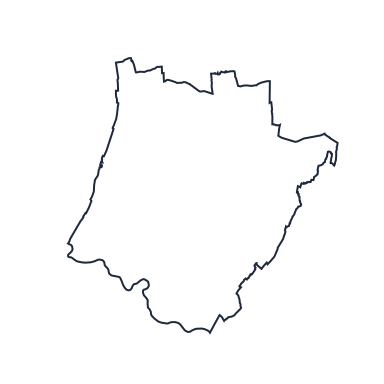 outline of Maciuca, Vâlcea, Romania, rotated 293°
{"feature_id": "2599482B93962739610645", "entity_name": "Maciuca", "entity_type": "district", "adm_level": 2, "iso_a3": "ROU", "parent_name": "Romania", "parent_adm1": "Vâlcea", "projection": "orthographic", "projection_center": [24.058, 44.753], "detail": "fine", "context": "isolated", "style": "outline", "palette": "slate", "viewbox_px": 384, "rotation_deg": 293, "n_neighbors": 0, "source": "geoboundaries", "source_scale": "gbopen_adm2", "svg_char_len": 5977}
<svg xmlns="http://www.w3.org/2000/svg" viewBox="0 0 384 384"><g transform="rotate(293 192 192)"><path d="M271.9,312.5L273.5,312.6L275.8,312.1L277.5,312.0L282.2,310.4L285.4,308.9L288.5,308.5L289.6,307.7L290.9,307.7L294.1,306.8L295.5,297.7L295.9,297.6L296.3,294.7L296.6,293.1L297.0,292.4L296.8,291.8L297.0,291.4L297.4,291.2L294.3,288.2L284.9,274.0L279.8,269.4L278.7,267.8L278.4,266.7L277.0,253.7L277.1,252.0L277.5,249.5L283.9,247.6L288.1,246.7L287.7,246.4L287.3,245.8L286.6,244.2L286.7,243.8L286.3,243.3L286.4,241.1L286.0,240.8L286.0,240.2L285.7,239.5L292.7,236.6L294.5,235.6L295.5,235.2L295.6,234.9L297.6,233.8L297.8,233.6L298.5,233.7L299.4,233.4L305.6,229.9L305.2,229.2L304.4,228.6L324.4,220.4L323.9,218.9L322.6,216.7L321.1,214.9L320.5,213.9L317.9,211.2L316.9,210.4L315.4,209.7L314.8,208.3L312.9,205.4L311.6,201.1L310.4,198.4L308.1,195.2L307.9,194.0L307.6,193.0L314.0,188.0L314.7,187.0L315.1,186.6L317.1,185.7L319.6,184.0L319.5,183.1L318.4,180.8L317.9,179.8L317.3,179.2L316.0,177.0L316.4,176.6L316.5,176.1L316.2,175.9L315.7,176.4L315.4,176.4L315.1,176.0L315.4,175.8L315.5,175.5L314.7,175.2L314.3,173.0L314.3,172.3L314.2,172.0L313.8,172.2L313.5,172.1L312.8,171.4L312.5,171.3L311.7,171.5L311.0,171.3L310.8,170.8L310.4,170.0L311.6,169.1L310.9,169.0L310.3,168.3L309.9,167.4L310.4,166.7L309.4,165.6L308.4,163.3L303.3,166.1L302.2,166.4L300.5,167.5L296.9,168.8L290.5,172.6L290.3,171.4L289.7,163.9L288.0,161.0L287.7,160.2L287.7,159.5L287.8,158.2L288.8,154.5L288.9,153.5L289.7,150.8L290.1,148.6L290.5,147.8L290.3,145.9L290.5,144.6L290.5,143.2L289.9,141.4L288.3,139.5L287.8,138.1L286.5,135.5L286.7,133.4L286.5,132.5L286.4,129.5L285.8,125.9L285.3,125.1L283.6,124.1L282.7,123.1L286.6,121.1L290.4,119.4L289.7,118.0L295.6,115.2L295.1,114.1L294.1,112.6L293.9,111.7L293.6,111.2L292.8,110.5L291.0,109.6L290.4,108.6L289.2,107.4L287.4,105.9L286.7,104.2L283.9,101.3L282.4,97.1L280.2,93.9L280.2,93.6L280.9,93.0L286.5,88.8L289.5,85.8L289.6,85.5L289.4,85.4L288.9,85.4L289.0,84.9L290.2,84.3L291.4,83.4L290.5,81.6L287.9,79.0L287.1,78.3L285.4,77.6L284.8,77.1L281.4,71.4L267.8,79.7L265.9,79.6L264.0,80.8L256.4,84.4L255.9,83.7L255.5,82.4L251.3,84.2L249.4,85.4L248.7,86.2L247.9,86.8L245.0,87.9L245.1,89.1L245.0,89.4L244.1,89.9L242.9,90.0L234.2,92.6L229.5,93.7L222.8,94.0L220.1,93.9L219.5,94.2L219.5,95.0L219.0,95.2L196.8,97.1L190.5,97.0L190.3,96.8L190.4,95.8L188.8,95.8L187.3,96.0L186.8,96.6L185.6,96.6L184.2,98.0L183.8,96.6L181.1,96.9L181.4,98.6L180.4,99.0L180.0,98.5L179.6,98.9L179.4,98.8L179.1,98.4L178.9,97.4L178.7,97.2L177.2,97.7L175.7,97.6L171.5,98.7L169.8,98.8L165.7,98.0L164.0,98.2L163.7,98.4L160.5,99.1L154.3,101.4L148.6,101.8L145.5,101.4L144.5,102.9L137.9,103.2L131.1,102.8L131.1,102.2L126.8,101.4L126.1,101.9L121.1,100.7L112.5,99.6L101.4,98.2L98.8,98.4L96.1,98.0L96.0,101.0L95.7,101.8L95.4,102.5L94.7,103.1L93.0,104.2L92.3,104.5L90.8,104.5L88.4,103.7L86.7,102.8L85.9,102.6L84.6,102.9L84.1,103.5L84.0,104.4L84.6,106.1L84.5,107.2L83.4,111.9L83.3,113.1L83.4,114.2L84.3,118.6L85.4,121.7L87.8,126.4L89.9,129.1L92.9,131.9L93.8,133.6L94.2,136.4L93.7,137.8L93.0,138.7L90.8,140.1L90.3,140.6L89.6,142.0L89.0,143.6L88.1,145.1L84.6,147.6L83.8,150.1L83.8,150.9L85.3,157.9L85.1,159.2L82.6,162.0L80.6,163.8L79.1,165.4L77.5,167.6L76.6,169.5L76.6,171.7L77.1,172.7L77.8,173.4L78.5,173.8L80.1,174.1L81.0,174.0L83.0,174.1L84.6,174.7L86.1,176.9L90.3,179.1L92.1,180.5L93.0,181.7L93.0,182.9L92.7,185.1L92.4,186.2L92.0,186.9L90.1,188.3L88.5,188.9L87.1,188.8L85.9,188.4L84.1,187.0L83.5,186.1L82.4,185.5L81.7,185.6L80.1,186.3L78.1,188.1L76.6,191.3L75.4,193.1L73.9,194.1L72.4,194.5L68.4,196.6L67.9,197.6L67.5,198.7L65.7,200.8L63.5,202.1L62.7,202.8L62.0,204.2L60.8,207.0L59.6,211.6L59.8,215.1L61.2,220.5L61.7,221.3L63.3,222.8L64.0,223.8L64.6,224.8L65.7,227.5L66.1,230.7L65.5,232.9L62.2,238.8L61.8,239.8L61.5,242.4L61.7,243.2L62.5,244.7L64.6,246.1L67.1,248.5L68.0,249.8L70.2,254.6L70.7,257.7L70.6,260.7L70.1,262.6L69.5,263.5L79.3,264.4L89.5,265.5L88.8,268.0L85.9,271.9L87.0,272.1L87.7,273.0L88.7,273.1L89.0,273.6L89.4,273.9L90.8,274.2L92.8,277.2L95.1,279.2L96.5,279.5L103.7,282.4L104.7,282.4L105.8,281.3L107.8,280.4L108.6,279.3L109.6,278.9L112.5,277.1L113.4,276.1L114.7,275.2L115.6,273.6L115.8,272.7L117.5,272.7L119.7,273.1L123.4,274.3L123.4,272.9L123.5,272.6L123.9,272.4L125.6,273.0L126.4,272.9L129.8,274.3L130.4,274.5L131.2,274.2L133.3,275.1L132.9,276.7L134.6,277.1L134.8,277.7L136.6,277.8L137.4,277.7L137.8,278.2L138.1,278.4L139.1,278.0L139.3,278.2L139.0,278.5L139.6,279.3L139.8,279.4L145.4,280.5L145.7,280.0L147.2,280.1L147.8,278.9L148.4,278.8L148.9,278.2L151.6,278.9L151.8,279.3L150.7,279.6L150.3,280.2L148.4,286.0L151.0,286.6L156.2,288.3L155.0,289.8L157.9,290.9L164.7,293.1L173.3,293.1L174.1,292.7L184.2,294.2L185.0,294.2L188.2,293.7L189.0,294.0L190.1,293.7L191.7,293.6L192.3,293.3L192.6,292.8L193.5,292.5L195.4,292.1L196.3,292.3L196.9,292.1L196.6,292.9L197.6,293.4L198.5,294.5L200.1,294.3L201.2,294.6L201.3,294.5L201.3,294.1L201.5,294.0L202.5,294.3L203.7,294.1L208.0,294.3L208.8,294.1L209.5,294.5L211.8,294.9L213.2,294.7L217.2,294.7L218.2,295.3L220.2,295.6L220.5,296.3L221.7,297.5L223.3,297.3L225.0,295.3L226.0,295.0L226.3,294.3L229.0,293.1L229.0,292.8L229.9,292.5L230.4,291.3L231.6,291.1L231.5,290.8L231.6,290.4L232.8,289.8L232.2,289.4L232.3,289.1L232.7,288.6L238.8,287.2L238.8,288.5L238.6,289.8L242.2,289.4L242.9,289.6L242.8,290.3L243.1,291.1L243.1,291.6L243.3,291.8L243.9,291.6L243.8,292.2L244.0,293.0L244.7,292.9L244.9,293.7L245.1,294.1L246.0,294.0L246.7,294.9L246.7,295.9L247.1,296.2L247.6,297.3L249.9,297.1L250.4,299.1L251.1,299.1L253.5,298.5L254.9,299.5L255.5,299.7L256.0,300.2L257.4,300.3L257.5,300.6L260.6,299.8L260.7,299.3L261.7,298.9L265.5,298.2L267.4,300.6L269.0,301.6L269.5,301.5L270.7,301.9L271.4,302.6L273.7,302.1L274.6,302.2L275.0,302.6L276.0,302.2L277.3,302.5L278.9,301.9L282.1,301.4L282.8,302.2L282.9,303.9L282.7,304.4L281.8,304.8L281.7,305.2L282.0,305.5L282.0,305.8L279.8,306.7L277.7,306.9L272.8,308.3L273.1,308.9L273.2,309.8L271.9,312.5Z" fill="none" stroke="#1e293b" stroke-width="2"/></g></svg>